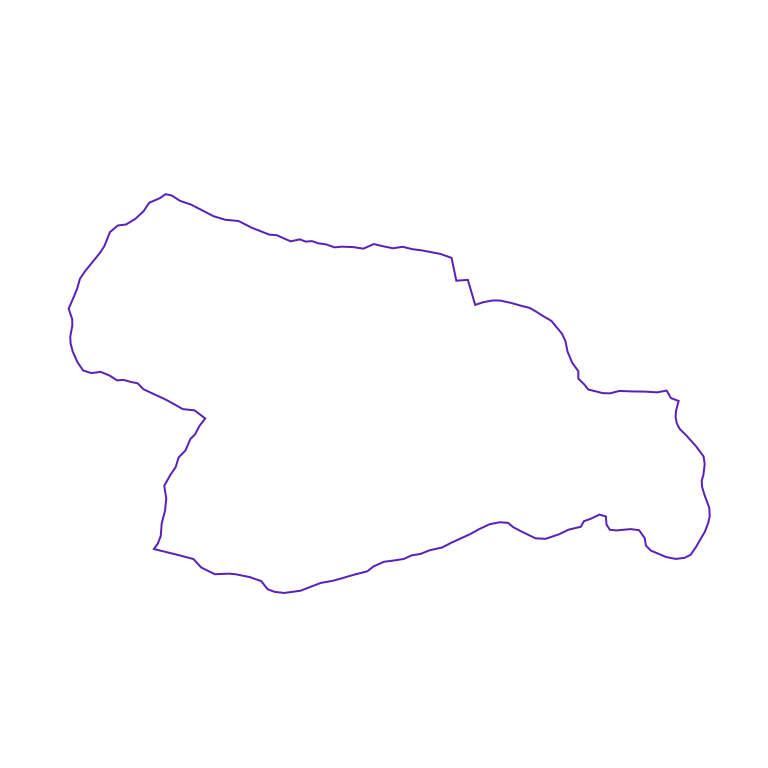 outline of Amaporã, Paraná, Brazil, rotated 259°
{"feature_id": "56859067B75589258948916", "entity_name": "Amaporã", "entity_type": "district", "adm_level": 2, "iso_a3": "BRA", "parent_name": "Brazil", "parent_adm1": "Paraná", "projection": "albers", "projection_center": [-52.839, -23.139], "detail": "fine", "context": "isolated", "style": "outline", "palette": "violet", "viewbox_px": 768, "rotation_deg": 259, "n_neighbors": 0, "source": "geoboundaries", "source_scale": "gbopen_adm2", "svg_char_len": 2328}
<svg xmlns="http://www.w3.org/2000/svg" viewBox="0 0 768 768"><g transform="rotate(259 384 384)"><path d="M612.0,205.8L609.2,199.5L606.7,188.0L599.6,181.1L593.5,171.4L589.8,161.2L590.4,152.9L585.3,143.9L572.8,135.9L567.0,130.3L551.6,111.9L545.3,105.6L536.6,101.2L530.3,97.2L518.1,88.8L507.2,90.3L500.8,89.2L490.2,85.0L483.5,84.1L475.6,84.6L464.4,87.1L454.7,91.2L450.6,98.7L449.9,108.3L444.6,116.3L438.5,122.7L437.7,129.2L434.2,136.2L431.7,142.3L424.7,146.9L410.3,166.8L403.8,174.7L397.8,181.6L394.2,193.1L384.3,201.9L378.0,194.8L370.6,188.9L367.0,183.5L356.6,176.4L351.1,168.4L342.1,163.6L335.5,156.9L326.1,148.9L313.1,148.4L301.5,144.9L289.6,139.2L277.3,135.8L270.6,131.6L265.9,126.7L254.7,150.8L248.5,163.6L238.8,169.5L229.6,181.6L227.3,196.2L225.5,202.2L220.0,215.5L213.9,225.9L204.7,230.6L200.8,237.0L197.9,246.3L197.0,262.6L198.6,271.4L200.8,283.9L200.6,296.3L201.2,304.4L202.5,318.0L203.3,331.8L207.0,339.1L209.5,350.0L208.8,361.3L208.5,370.0L210.5,378.4L210.2,387.2L212.1,397.2L212.4,409.7L215.3,419.7L220.3,440.3L223.3,449.4L226.2,460.9L226.2,471.3L224.0,479.3L218.9,483.4L213.6,490.0L208.9,496.2L203.6,503.3L201.2,513.0L203.0,526.8L205.8,537.3L206.3,549.9L211.2,554.1L212.2,561.0L214.7,570.6L211.6,576.5L203.6,575.6L197.8,577.9L195.9,584.3L194.5,598.5L191.8,606.5L183.1,610.5L175.4,610.3L169.6,614.1L160.4,627.8L156.6,637.1L156.0,645.8L157.8,652.4L164.3,659.0L177.8,670.8L185.7,675.7L191.7,678.4L200.4,679.7L214.1,677.4L222.4,676.6L228.4,677.4L233.6,680.1L244.1,683.5L251.8,683.9L263.0,678.6L275.7,671.0L283.8,665.5L289.7,663.9L295.6,663.9L301.9,665.5L311.1,670.0L315.4,663.0L323.6,660.2L323.7,650.6L326.8,638.4L329.1,627.3L332.3,613.7L331.7,604.0L333.3,597.0L339.6,583.5L345.7,580.3L352.1,575.8L359.4,577.2L369.3,572.7L381.2,570.3L391.7,570.3L399.6,568.2L406.7,564.3L414.1,560.3L420.2,553.2L425.3,547.9L431.0,541.4L434.1,534.5L439.6,523.7L443.8,513.9L445.3,506.4L445.3,497.0L444.3,488.6L470.2,486.2L471.6,474.7L494.9,474.4L501.0,464.0L508.0,446.5L510.8,437.9L515.1,428.5L515.5,418.8L518.3,411.9L523.3,400.7L520.8,389.6L524.1,380.4L526.8,369.1L527.6,361.5L532.1,353.8L534.6,346.4L538.0,340.6L538.7,334.3L542.0,329.1L541.9,319.6L545.8,313.8L550.5,307.2L552.5,299.9L562.7,283.9L571.7,272.4L575.6,259.3L581.3,248.6L597.0,228.7L602.8,218.6L609.5,211.7L612.0,205.8Z" fill="none" stroke="#5b21b6" stroke-width="2"/></g></svg>